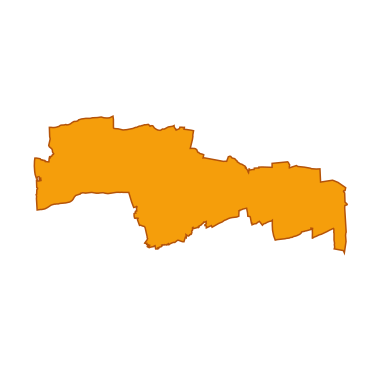 Dealu Morii, Bacau, Romania (Albers equal-area conic projection), rotated 280°
{"feature_id": "2599482B68692155897535", "entity_name": "Dealu Morii", "entity_type": "district", "adm_level": 2, "iso_a3": "ROU", "parent_name": "Romania", "parent_adm1": "Bacau", "projection": "albers", "projection_center": [27.291, 46.281], "detail": "fine", "context": "isolated", "style": "filled", "palette": "amber", "viewbox_px": 384, "rotation_deg": 280, "n_neighbors": 0, "source": "geoboundaries", "source_scale": "gbopen_adm2", "svg_char_len": 5978}
<svg xmlns="http://www.w3.org/2000/svg" viewBox="0 0 384 384"><g transform="rotate(280 192 192)"><path d="M222.9,342.6L226.8,334.1L227.8,329.6L228.0,328.3L224.1,316.9L237.0,314.0L236.2,310.4L235.7,305.7L236.0,304.3L236.0,298.3L235.5,291.7L236.2,290.3L232.7,283.7L234.0,283.4L235.3,283.5L235.8,283.4L236.7,282.4L237.1,282.3L238.0,281.5L238.3,280.9L234.1,265.9L230.2,266.6L228.8,256.7L228.1,253.5L227.3,253.7L226.3,249.2L224.9,249.2L224.6,247.6L223.5,244.8L224.6,244.6L224.6,244.2L220.9,244.3L221.7,243.6L222.9,243.1L224.5,241.4L224.7,241.0L225.3,241.1L225.7,240.7L225.5,240.3L226.1,240.3L226.8,239.5L227.2,238.0L227.5,237.6L228.0,236.2L228.1,234.6L229.3,232.2L229.5,231.4L230.3,231.1L231.3,229.4L232.0,228.7L232.3,227.9L232.4,225.6L233.8,223.9L233.8,223.0L233.3,222.3L233.1,221.7L228.2,220.8L228.1,219.5L227.6,217.6L227.8,199.2L227.7,197.5L227.5,197.0L230.7,197.1L231.0,196.0L231.3,192.8L232.1,191.8L232.1,190.9L233.6,189.8L234.3,189.5L234.7,188.6L235.1,188.3L235.3,187.1L235.0,184.4L234.6,182.7L243.9,183.3L246.9,183.2L248.2,182.9L252.6,182.9L252.7,180.6L252.6,175.9L252.4,173.3L254.4,173.3L254.4,173.1L254.2,172.5L253.9,172.5L253.8,171.9L254.1,171.3L253.7,168.8L252.5,168.7L251.8,168.1L250.2,165.6L250.6,165.1L251.1,165.3L252.2,163.7L253.6,162.9L254.3,162.8L253.3,161.3L252.1,157.7L251.6,156.9L249.1,153.7L248.9,152.0L247.3,150.3L247.1,149.3L247.1,147.4L247.8,145.3L248.6,143.7L250.1,142.3L250.4,141.6L250.2,140.0L249.7,139.7L249.5,139.2L250.8,137.7L251.0,137.2L250.1,134.6L250.0,133.7L249.2,132.1L248.8,131.8L248.8,131.2L248.0,129.8L247.8,128.7L246.1,126.3L245.8,125.1L244.3,122.7L242.1,117.0L241.1,113.3L241.4,108.4L241.1,105.4L241.1,104.0L241.6,103.5L249.9,102.0L253.0,101.0L251.0,98.3L250.6,97.5L250.1,95.4L249.8,92.4L250.1,89.6L248.9,86.0L247.8,81.1L246.8,78.8L246.1,74.7L244.7,70.4L243.3,67.7L242.5,67.4L241.8,66.4L241.4,65.4L241.0,63.6L239.8,62.1L238.1,60.5L237.2,59.3L236.7,58.2L236.3,57.0L236.6,56.1L235.9,54.7L235.1,51.4L234.6,50.6L233.6,49.7L232.3,47.2L231.8,45.9L231.3,43.9L231.2,42.1L230.9,40.3L221.9,42.2L219.6,43.1L213.0,42.8L211.8,43.6L210.3,46.1L209.5,47.0L207.2,47.7L206.1,48.6L205.8,49.1L205.2,49.0L204.9,48.9L204.3,48.0L202.9,47.6L202.7,47.4L202.2,45.8L202.0,45.6L201.8,45.6L201.1,46.5L200.4,45.9L200.4,45.5L196.8,45.8L196.6,44.2L196.7,43.2L196.5,42.4L197.1,42.2L197.1,41.4L197.5,41.3L197.3,39.3L197.6,39.3L197.6,37.5L198.2,37.0L198.4,36.5L198.4,33.1L198.1,31.4L195.2,31.5L190.2,32.2L184.9,33.5L182.0,34.5L179.5,35.8L178.6,36.3L178.8,36.9L179.8,37.2L180.6,38.6L180.0,39.2L178.7,39.7L178.5,39.2L177.7,39.4L178.0,40.2L178.7,40.1L179.2,40.6L177.1,41.3L176.3,39.4L175.9,37.8L177.4,37.4L176.9,36.8L176.6,36.8L169.5,38.3L169.4,38.7L169.0,39.3L168.0,39.3L167.8,38.9L167.1,38.8L162.8,39.4L162.5,39.0L160.4,39.8L158.7,39.9L147.4,42.6L148.5,46.0L148.6,46.9L149.8,50.0L151.6,52.4L154.5,55.4L155.1,56.4L156.2,58.7L156.3,59.5L156.7,60.6L157.0,62.3L157.8,63.9L159.3,69.5L160.9,73.3L161.8,74.4L163.0,75.5L164.5,76.3L166.4,76.9L168.4,78.1L170.7,82.4L171.3,82.5L172.3,84.6L172.4,87.3L174.2,93.3L174.2,97.7L174.6,100.1L175.3,102.2L175.9,104.6L175.7,106.9L175.8,109.5L178.5,117.5L179.0,119.9L179.1,121.2L179.5,122.4L179.7,124.5L180.6,129.8L171.8,134.2L166.6,137.3L167.5,139.2L168.2,140.0L167.9,140.4L165.9,140.2L164.7,140.7L163.6,140.8L163.6,140.1L163.1,139.6L162.5,139.6L161.5,140.2L161.4,139.6L160.7,138.7L158.3,139.1L156.3,140.0L156.3,141.1L156.5,141.2L156.7,142.0L156.7,143.5L155.4,143.0L150.0,146.1L150.4,147.0L149.9,149.3L149.8,150.8L149.0,151.9L140.2,155.6L139.2,155.8L138.4,156.4L136.9,156.0L133.7,154.4L133.7,154.6L133.4,154.6L133.6,156.5L132.4,156.4L132.4,157.2L132.6,157.8L132.6,158.2L132.3,158.6L132.2,159.3L131.9,159.0L131.0,159.3L131.1,158.9L131.3,158.8L131.2,158.2L131.0,157.6L130.5,157.4L130.3,157.6L130.0,159.0L129.8,159.2L129.8,159.7L130.4,160.5L131.6,163.7L132.0,163.9L132.7,164.9L129.6,166.1L129.6,166.4L130.0,167.6L129.9,167.6L129.9,168.0L130.1,168.3L130.4,168.2L130.3,168.4L130.6,169.0L131.4,168.7L132.3,170.0L132.5,170.8L133.3,171.6L133.6,171.8L134.4,171.3L134.9,172.3L134.7,172.7L135.4,173.8L135.4,174.0L135.1,174.1L135.6,175.8L135.9,176.3L135.5,176.4L135.6,176.7L136.9,177.7L136.0,178.2L136.1,178.5L136.9,179.1L138.1,180.7L139.1,182.4L139.3,183.8L141.9,186.1L142.1,186.7L142.0,187.6L141.4,191.1L141.6,192.7L146.2,193.3L145.8,194.3L146.3,194.3L149.0,193.5L147.9,195.8L148.7,196.9L149.5,197.1L149.9,198.1L150.4,198.2L150.5,198.7L152.3,198.9L153.5,198.4L154.3,199.1L157.1,198.7L157.3,199.2L156.8,199.3L156.2,199.9L157.7,203.0L158.4,203.9L158.0,204.3L158.9,205.1L159.6,204.8L161.3,206.9L162.9,207.8L163.4,208.5L164.5,208.9L164.4,209.4L165.4,211.1L164.3,211.1L163.9,211.5L163.2,211.6L162.6,210.9L161.7,210.3L161.1,210.8L161.5,211.2L161.2,211.7L160.0,212.6L159.4,212.2L159.1,212.3L162.3,216.9L160.8,217.9L165.7,223.8L167.8,227.0L169.7,228.8L170.4,230.1L172.3,232.7L173.2,234.4L173.8,236.0L175.1,240.4L176.3,242.3L181.7,241.5L182.0,242.4L182.5,242.4L183.0,243.6L184.1,245.2L185.5,248.6L181.1,250.3L177.8,251.2L177.8,251.8L177.9,253.3L177.3,253.8L171.9,255.8L171.7,255.9L171.9,256.2L170.1,256.8L171.6,259.2L171.9,260.5L172.2,261.0L173.3,261.7L174.8,263.5L171.5,267.1L172.6,267.8L173.2,268.3L173.8,269.7L175.2,271.3L176.5,273.4L177.1,275.0L178.2,276.0L173.4,276.8L168.5,277.9L163.3,279.9L159.1,282.3L160.0,284.5L162.1,291.7L162.7,293.0L163.5,295.7L164.3,296.9L164.8,298.6L165.8,299.8L166.5,301.5L167.2,302.8L169.1,305.5L170.7,306.7L171.8,307.0L172.8,309.6L173.3,310.3L173.7,311.5L175.7,315.6L176.0,315.5L176.1,315.8L177.1,315.5L177.1,317.1L174.8,317.2L173.3,317.6L167.5,318.5L167.5,318.8L168.8,320.1L169.8,321.9L171.8,324.6L172.9,326.8L176.5,331.9L178.2,334.0L180.7,337.6L180.6,337.8L179.0,338.4L177.0,338.6L175.8,339.1L169.4,340.2L166.2,341.3L164.9,341.3L162.4,342.1L160.7,341.9L160.6,351.2L158.5,352.6L169.9,352.3L175.8,350.8L178.2,350.6L179.2,350.8L203.0,345.1L205.3,344.9L206.2,346.8L206.9,347.0L208.7,344.4L217.2,342.6L217.7,342.4L218.7,341.2L219.0,341.1L219.6,341.3L220.0,342.5L222.9,342.6Z" fill="#f59e0b" stroke="#b45309" stroke-width="1.5"/></g></svg>